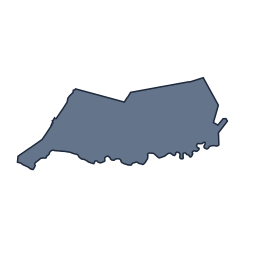 outline of Piedras Negras, Coahuila, Mexico, rotated 113°
{"feature_id": "50627088B9984544896991", "entity_name": "Piedras Negras", "entity_type": "district", "adm_level": 2, "iso_a3": "MEX", "parent_name": "Mexico", "parent_adm1": "Coahuila", "projection": "albers", "projection_center": [-100.532, 28.774], "detail": "fine", "context": "isolated", "style": "filled", "palette": "slate", "viewbox_px": 256, "rotation_deg": 113, "n_neighbors": 0, "source": "geoboundaries", "source_scale": "gbopen_adm2", "svg_char_len": 5654}
<svg xmlns="http://www.w3.org/2000/svg" viewBox="0 0 256 256"><g transform="rotate(113 128 128)"><path d="M128.5,194.2L135.5,195.4L140.7,196.5L141.0,196.5L147.4,197.8L147.7,198.9L147.4,199.6L147.6,199.6L149.4,199.8L149.8,199.9L150.2,199.8L150.5,200.0L150.8,199.9L150.9,200.0L151.0,200.4L151.5,200.1L152.1,199.6L152.6,199.2L152.8,199.7L153.6,199.7L154.4,199.8L154.7,199.8L155.4,199.8L155.3,199.3L155.9,199.4L156.3,199.5L157.5,199.7L158.0,199.8L158.4,199.9L159.4,200.1L159.6,200.1L162.8,200.7L166.5,201.4L169.9,202.1L172.2,202.6L176.5,205.3L176.9,205.5L177.4,205.8L178.6,206.6L183.8,209.8L185.8,211.2L191.1,214.5L194.3,216.6L197.0,218.2L202.7,216.4L202.7,216.1L202.4,214.4L202.2,212.6L202.3,212.3L202.7,211.1L202.8,210.8L202.8,210.4L202.9,206.5L203.0,205.3L203.0,204.5L203.1,203.7L203.3,203.3L203.6,202.4L203.7,202.0L203.7,201.5L203.7,201.2L203.4,200.9L203.4,200.6L203.4,200.4L203.6,200.2L203.5,199.6L203.4,199.3L203.1,199.1L202.9,199.0L202.4,198.9L201.5,198.8L200.5,198.7L199.0,198.7L198.9,198.7L198.7,198.8L197.8,199.7L197.2,199.9L196.6,199.9L196.1,199.7L193.5,198.3L192.6,197.8L190.6,196.8L190.0,196.4L189.7,195.9L189.3,195.3L188.9,194.6L188.5,193.6L188.2,193.0L187.9,192.2L187.7,191.9L187.0,191.7L186.6,191.8L186.1,191.9L185.9,191.8L185.6,191.7L185.1,191.4L183.0,190.4L182.8,190.4L182.4,190.4L181.7,190.6L181.3,190.6L180.4,190.4L179.5,190.1L178.8,189.6L178.2,189.1L177.8,188.5L177.7,188.4L177.6,188.0L177.6,187.8L177.5,187.1L177.1,185.6L176.0,182.4L175.8,181.7L175.3,180.0L174.8,178.8L174.6,178.0L174.2,176.9L174.0,176.4L173.9,175.7L173.8,175.0L173.7,174.4L173.4,173.8L173.1,172.5L173.0,172.0L173.0,171.5L172.9,169.9L172.9,169.5L172.8,168.3L172.8,167.7L172.5,166.4L172.3,164.8L172.2,164.3L172.2,163.9L172.3,163.7L173.0,162.9L173.2,162.6L173.7,162.0L173.8,161.7L174.1,161.1L174.7,158.7L174.7,158.4L174.6,158.1L174.3,157.4L174.2,156.8L174.1,155.7L174.1,155.0L174.2,153.9L174.3,153.0L174.6,152.0L174.7,151.4L174.7,150.4L174.6,149.6L174.6,148.3L174.5,147.7L174.4,146.7L174.4,146.0L174.2,145.6L173.8,145.4L173.2,145.4L172.7,145.4L172.4,145.5L172.1,145.5L171.7,145.5L171.2,145.2L170.7,144.6L170.6,144.0L170.6,143.6L170.7,143.2L170.9,142.8L171.1,142.3L171.1,140.8L171.0,140.1L170.6,139.4L170.0,138.6L169.2,137.9L168.3,137.0L167.9,136.7L167.6,136.5L167.3,136.5L166.9,136.6L166.3,136.9L165.7,137.3L165.0,137.6L164.5,137.7L164.1,137.6L163.2,137.1L162.4,136.5L162.0,136.1L161.8,135.3L161.9,134.5L162.3,133.2L162.6,132.7L163.1,132.3L163.5,131.7L163.8,130.7L163.7,129.8L163.4,128.9L163.0,128.1L162.7,127.9L161.9,127.7L161.6,127.6L161.3,127.1L160.7,126.1L160.3,125.3L160.0,124.6L159.8,123.9L159.9,123.4L160.0,122.9L160.2,122.5L160.6,122.0L161.0,121.6L161.4,121.4L161.8,121.0L162.0,120.6L162.2,120.0L162.3,119.0L162.4,118.2L162.4,117.5L162.1,115.2L162.1,114.2L161.9,113.1L161.7,112.5L161.4,112.0L161.2,111.3L160.9,110.6L160.7,110.5L160.1,110.4L159.5,110.3L158.8,110.0L158.1,109.5L157.7,109.0L157.3,108.3L156.7,107.7L156.2,107.1L156.0,106.9L155.9,106.6L156.0,106.0L156.0,105.4L156.0,105.1L156.3,104.6L156.3,103.8L156.2,103.3L156.1,102.6L155.9,102.0L155.8,101.4L155.9,101.1L155.9,100.4L155.8,100.1L155.3,99.6L154.9,99.4L153.7,99.0L152.7,98.6L152.2,98.5L151.7,98.5L150.9,98.4L148.6,98.0L148.1,98.1L147.3,98.4L146.7,98.5L146.2,98.7L145.8,98.8L145.4,99.1L144.9,99.5L144.4,99.7L144.1,99.7L143.6,99.4L143.1,99.0L142.6,98.4L142.3,97.6L142.1,96.8L141.8,95.9L141.6,95.3L141.5,94.9L141.4,94.5L141.5,93.9L141.7,93.2L142.4,91.2L142.8,90.2L143.2,88.9L143.4,87.9L143.3,87.5L143.0,87.0L140.8,84.6L140.3,84.0L139.1,82.9L138.7,82.8L138.2,82.5L137.1,81.9L135.8,81.0L135.4,80.6L134.7,79.4L134.6,79.2L134.6,78.9L134.7,78.5L134.9,78.1L135.0,77.7L135.0,77.2L135.1,76.8L135.2,76.3L135.3,76.1L135.4,75.4L135.2,74.7L135.1,74.4L134.4,74.1L133.6,74.0L133.0,74.0L132.7,74.1L132.5,74.3L132.2,74.3L131.8,74.2L131.4,73.9L131.1,73.4L131.0,73.2L130.9,72.7L130.9,72.3L130.9,71.9L130.9,71.4L130.9,71.1L131.1,70.8L131.4,70.4L131.9,69.9L132.6,69.5L133.4,69.3L134.2,69.2L134.6,69.0L135.0,68.7L135.5,68.1L135.6,67.6L135.6,67.0L135.4,66.4L135.2,66.0L134.8,65.5L134.4,65.4L133.9,65.5L133.4,65.6L133.1,65.9L132.7,66.2L132.4,66.4L131.7,66.5L131.3,66.7L130.8,67.1L130.2,67.2L129.7,67.1L129.3,66.9L128.9,66.5L128.6,65.8L128.6,65.5L128.8,64.8L129.0,64.3L129.3,64.0L129.4,63.7L129.4,63.4L129.3,63.0L129.2,62.3L129.3,61.7L129.4,61.2L129.5,61.0L130.2,60.2L130.3,59.9L130.4,59.6L130.3,59.2L130.1,58.9L129.8,58.7L129.5,58.6L128.8,58.4L128.3,58.3L127.7,58.3L127.0,58.3L126.3,58.4L126.1,58.5L125.8,58.8L125.8,59.1L125.7,59.2L125.7,59.3L125.3,59.4L124.8,59.4L124.3,59.2L123.7,58.8L123.1,58.2L123.0,57.9L122.9,57.6L123.0,57.1L123.0,56.4L122.8,55.9L122.3,55.3L121.9,55.1L121.5,54.9L121.1,54.8L120.8,54.6L120.4,54.4L119.9,54.3L119.4,54.4L119.1,54.5L118.9,54.7L118.8,54.9L118.8,55.5L118.9,56.0L118.9,56.4L118.4,57.1L117.9,57.7L117.4,58.0L116.9,58.1L115.8,58.0L115.2,57.8L114.9,57.4L114.7,56.6L114.3,55.4L113.4,53.7L113.0,53.4L112.4,53.2L111.9,52.8L111.5,52.4L111.2,51.9L111.2,51.6L111.3,51.4L111.7,51.0L112.2,50.9L112.6,50.8L113.8,50.8L114.3,50.9L115.1,50.9L115.4,50.8L115.7,50.7L116.1,50.4L116.4,50.0L116.5,49.6L116.6,49.1L116.6,48.6L116.6,47.6L116.4,47.1L115.9,46.6L115.2,46.2L114.4,46.0L113.6,45.9L113.4,45.8L113.0,45.5L112.6,45.2L111.8,44.3L111.5,43.8L110.8,42.3L110.7,42.1L110.4,41.4L110.1,39.5L109.9,39.2L109.2,38.6L109.1,38.2L107.9,37.8L98.9,42.0L97.2,42.9L82.8,39.2L81.1,41.5L82.3,44.1L90.2,46.4L89.6,51.5L71.8,53.7L70.3,55.5L56.5,73.1L52.3,78.4L61.2,88.8L62.1,90.7L77.9,114.8L94.2,139.5L98.8,140.2L99.5,140.3L100.6,140.7L105.6,141.5L106.8,150.5L109.2,167.9L112.5,191.6L113.6,191.8L114.5,193.1L116.9,192.5L121.2,194.3L124.0,195.0L128.8,194.0L128.5,194.2Z" fill="#64748b" stroke="#1e293b" stroke-width="1.5"/></g></svg>